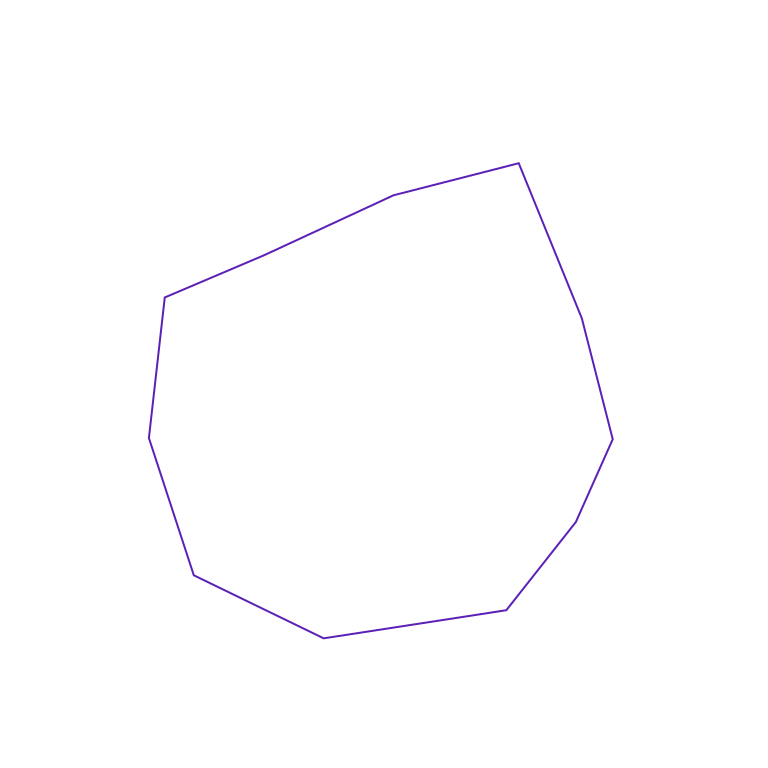 Naftalan, orthographic projection, rotated 28°
{"feature_id": "AZE-5561", "entity_name": "Naftalan", "entity_type": "Municipality", "adm_level": 1, "iso_a3": "AZE", "parent_name": "Azerbaijan", "parent_adm1": "", "projection": "orthographic", "projection_center": [46.827, 40.508], "detail": "fine", "context": "isolated", "style": "outline", "palette": "violet", "viewbox_px": 768, "rotation_deg": 28, "n_neighbors": 0, "source": "natural_earth", "source_scale": "10m", "svg_char_len": 309}
<svg xmlns="http://www.w3.org/2000/svg" viewBox="0 0 768 768"><g transform="rotate(28 384 384)"><path d="M399.3,125.8L527.9,233.2L611.9,325.4L618.2,415.8L598.2,526.3L450.1,636.9L305.9,642.2L201.8,542.1L149.8,410.5L217.9,326.3L303.8,212.9L399.3,125.8Z" fill="none" stroke="#5b21b6" stroke-width="2"/></g></svg>